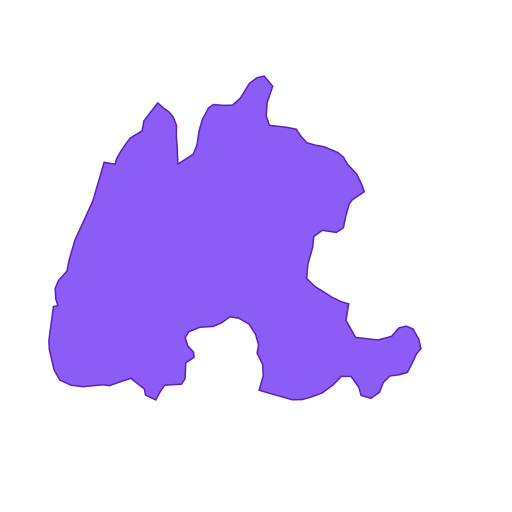 the district of Wonju-si, Gangwon, South Korea, rotated 16°
{"feature_id": "91817680B41990583973423", "entity_name": "Wonju-si", "entity_type": "district", "adm_level": 2, "iso_a3": "KOR", "parent_name": "South Korea", "parent_adm1": "Gangwon", "projection": "natural_earth1", "projection_center": [127.964, 37.315], "detail": "fine", "context": "isolated", "style": "filled", "palette": "violet", "viewbox_px": 512, "rotation_deg": 16, "n_neighbors": 0, "source": "geoboundaries", "source_scale": "gbopen_adm2", "svg_char_len": 1781}
<svg xmlns="http://www.w3.org/2000/svg" viewBox="0 0 512 512"><g transform="rotate(16 256 256)"><path d="M119.4,135.9L111.0,157.0L112.0,167.1L102.7,177.2L100.8,181.8L97.1,192.8L95.2,201.1L95.2,206.6L84.2,207.8L84.0,248.0L77.5,291.2L77.5,311.4L78.4,322.5L72.8,334.4L71.9,342.7L75.6,352.9L79.3,358.4L75.2,360.4L80.2,394.3L83.0,402.6L87.6,410.9L93.2,421.0L101.6,429.3L113.7,431.2L125.8,429.3L135.1,425.6L144.4,422.0L150.9,421.0L161.1,413.7L169.5,408.1L185.3,414.6L188.1,420.1L199.3,422.0L201.1,413.7L203.9,405.4L214.2,401.7L219.7,399.8L221.6,393.4L217.9,377.7L219.7,375.9L224.4,370.4L222.5,365.7L215.1,361.1L210.4,353.8L212.3,347.3L221.6,340.0L234.6,335.4L242.1,328.9L247.6,321.6L256.9,320.6L268.1,323.4L277.4,331.7L283.0,340.9L283.9,349.2L292.3,358.4L296.0,369.4L296.0,384.2L330.4,384.2L339.7,381.4L347.2,376.8L357.4,369.4L365.8,358.4L371.3,348.2L380.6,345.5L390.9,353.8L395.5,361.1L405.8,361.1L412.3,352.9L413.2,342.7L417.8,334.4L426.2,330.8L433.6,326.2L435.5,316.9L437.3,305.9L440.1,299.5L435.5,291.2L427.1,282.9L419.7,282.0L413.2,285.7L408.5,295.8L396.4,303.1L374.1,306.8L360.2,293.0L358.3,276.5L350.9,276.5L339.7,274.6L331.3,271.9L321.1,269.1L310.9,263.6L308.1,249.8L308.1,232.3L306.2,221.3L312.7,213.0L326.7,211.2L332.2,204.8L331.3,192.8L331.3,180.0L333.1,175.4L342.4,164.3L337.8,157.9L330.3,149.6L318.3,142.3L312.7,136.8L306.2,134.0L291.3,132.2L282.0,133.1L273.7,133.1L266.2,128.5L259.7,123.0L249.5,123.9L232.8,126.7L227.2,118.4L224.4,105.6L225.3,88.2L214.2,80.8L207.7,84.5L202.1,91.8L197.5,108.3L191.9,117.5L182.6,120.3L173.3,122.1L169.6,126.7L166.8,139.6L166.8,151.5L168.6,165.3L167.7,175.4L162.1,181.8L155.6,189.1L152.8,180.9L150.1,172.6L146.3,162.5L143.6,152.4L138.0,145.1L132.4,141.4L126.8,139.6L119.4,135.9Z" fill="#8b5cf6" stroke="#5b21b6" stroke-width="1.5"/></g></svg>